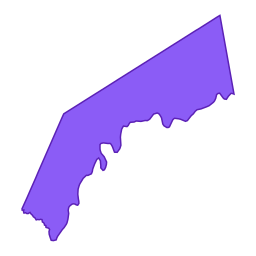 outline of Nova Iorque, Maranhão, Brazil
{"feature_id": "56859067B71523456666477", "entity_name": "Nova Iorque", "entity_type": "district", "adm_level": 2, "iso_a3": "BRA", "parent_name": "Brazil", "parent_adm1": "Maranhão", "projection": "equal_earth", "projection_center": [-44.087, -6.772], "detail": "fine", "context": "isolated", "style": "filled", "palette": "violet", "viewbox_px": 256, "rotation_deg": 0, "n_neighbors": 0, "source": "geoboundaries", "source_scale": "gbopen_adm2", "svg_char_len": 1957}
<svg xmlns="http://www.w3.org/2000/svg" viewBox="0 0 256 256"><path d="M51.2,240.3L53.4,240.6L56.2,239.9L56.8,238.0L57.6,236.3L62.3,229.6L64.1,227.6L66.3,224.3L67.0,222.8L67.9,219.3L68.7,213.5L68.2,210.4L68.7,207.5L69.5,206.2L71.8,204.3L73.2,203.8L75.1,204.1L76.2,204.9L77.7,205.2L78.9,203.4L78.8,201.3L78.4,199.2L77.8,194.2L77.9,192.6L78.1,189.2L79.1,185.7L79.8,183.9L83.2,178.3L86.4,175.3L87.9,175.4L91.4,173.8L92.3,171.6L92.7,169.1L94.6,164.0L96.8,159.4L98.7,158.0L100.4,160.8L100.5,162.7L100.8,165.4L100.8,167.9L103.0,170.4L104.4,169.8L105.6,167.4L106.4,164.5L106.6,162.0L104.2,156.8L101.2,153.3L100.3,150.6L100.0,149.2L100.0,144.6L101.0,143.4L103.4,142.9L108.0,143.5L110.1,143.4L111.1,144.3L112.4,146.6L114.5,152.2L117.2,152.3L119.8,148.7L120.9,145.3L120.4,137.2L120.7,134.2L121.7,129.1L123.4,126.1L127.0,126.6L128.2,125.5L128.9,124.1L130.2,122.3L134.2,122.0L136.2,121.0L140.9,121.4L145.1,120.5L147.4,120.6L149.7,119.2L153.6,114.1L157.1,113.0L158.7,113.6L160.1,115.3L161.5,117.8L162.8,124.0L164.0,125.8L166.8,127.5L168.2,127.5L169.4,126.9L172.7,119.9L173.6,118.9L174.6,118.3L178.7,118.8L180.4,119.2L185.5,121.3L187.4,120.6L189.4,118.0L191.3,115.6L193.3,113.9L195.3,111.2L197.1,109.7L201.0,108.9L206.8,106.7L209.1,105.7L213.5,102.2L214.6,100.8L215.7,98.4L216.3,96.0L216.6,94.6L217.9,93.5L219.7,93.2L223.2,98.0L224.3,99.0L226.4,99.3L228.4,96.2L231.0,93.4L232.1,93.4L234.0,94.1L219.9,15.4L216.9,17.2L197.9,29.3L196.3,30.2L193.6,31.9L171.6,45.8L149.9,59.5L118.6,79.2L114.4,81.9L63.8,113.8L63.0,115.5L61.7,118.4L37.9,172.8L35.8,177.8L32.0,186.4L29.7,191.6L27.4,196.9L22.0,208.8L22.2,210.2L23.8,210.0L23.5,211.7L24.0,213.1L25.5,212.7L26.7,213.5L28.1,213.6L30.0,212.4L30.9,213.8L32.4,215.2L33.4,216.8L34.9,217.8L36.2,219.9L37.3,219.5L39.4,219.7L40.5,219.3L42.0,219.6L42.4,222.0L43.4,222.5L44.2,223.5L44.5,225.1L45.8,225.5L46.0,227.4L48.7,228.2L49.6,229.5L49.0,231.5L49.2,234.3L50.3,237.8L51.2,240.3Z" fill="#8b5cf6" stroke="#5b21b6" stroke-width="1.5"/></svg>